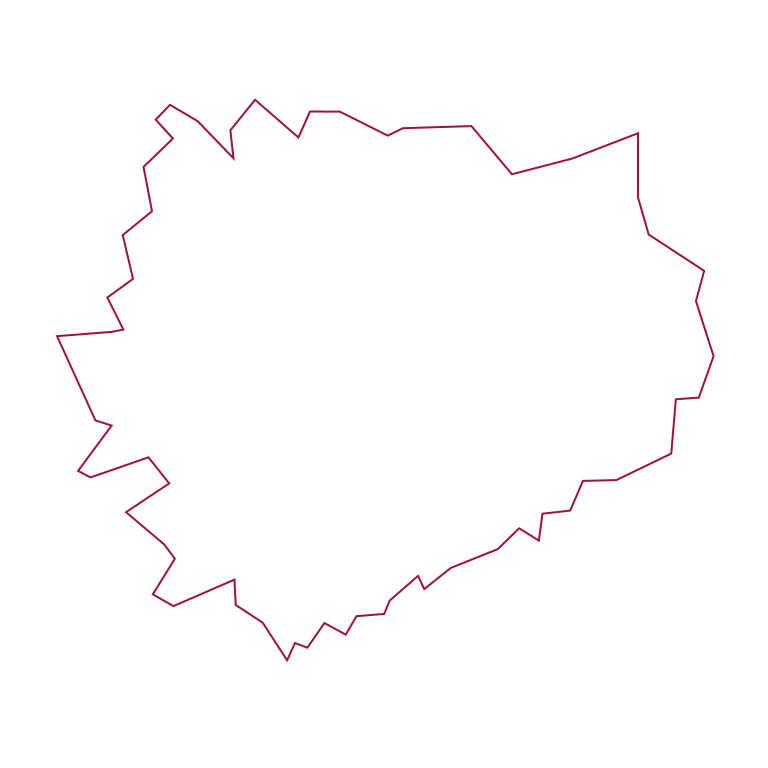 Madison, Kentucky, United States of America, rotated 272°
{"feature_id": "52423323B91940214959831", "entity_name": "Madison", "entity_type": "district", "adm_level": 2, "iso_a3": "USA", "parent_name": "United States of America", "parent_adm1": "Kentucky", "projection": "equal_earth", "projection_center": [-84.298, 37.716], "detail": "fine", "context": "isolated", "style": "outline", "palette": "rose", "viewbox_px": 768, "rotation_deg": 272, "n_neighbors": 0, "source": "geoboundaries", "source_scale": "gbopen_adm2", "svg_char_len": 942}
<svg xmlns="http://www.w3.org/2000/svg" viewBox="0 0 768 768"><g transform="rotate(272 384 384)"><path d="M655.5,160.4L640.2,146.6L622.0,164.5L592.6,136.1L548.6,146.1L523.7,117.7L480.3,129.5L460.8,104.5L429.3,121.6L426.6,109.9L420.4,55.6L337.5,96.9L332.9,113.2L286.5,81.3L280.4,93.9L302.5,151.1L277.2,172.8L246.9,130.7L215.9,170.0L202.1,181.1L165.7,160.3L154.7,181.3L183.3,241.4L158.0,243.5L141.2,271.1L104.5,296.8L122.0,304.1L117.8,316.6L143.0,332.8L132.2,354.5L151.0,364.6L154.2,392.2L167.7,397.2L193.4,424.7L180.5,431.4L202.6,457.3L223.0,503.5L244.5,524.1L232.9,544.2L259.9,546.9L264.0,574.5L294.1,586.2L296.1,619.6L324.5,673.5L378.9,676.2L381.4,699.1L423.3,712.4L477.7,692.9L508.3,700.0L542.6,643.3L579.4,631.3L643.5,629.1L616.0,564.6L598.1,504.5L644.8,462.4L640.3,394.1L632.4,379.0L654.7,330.2L653.7,300.5L627.4,289.9L663.5,245.2L632.2,221.6L604.3,225.7L640.2,188.6L655.5,160.4Z" fill="none" stroke="#9f1239" stroke-width="2"/></g></svg>